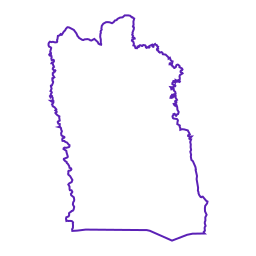 Worodougou, Worodougou, Ivory Coast
{"feature_id": "98640826B81277132888560", "entity_name": "Worodougou", "entity_type": "district", "adm_level": 2, "iso_a3": "CIV", "parent_name": "Ivory Coast", "parent_adm1": "Worodougou", "projection": "mercator", "projection_center": [-6.759, 8.427], "detail": "fine", "context": "isolated", "style": "outline", "palette": "violet", "viewbox_px": 256, "rotation_deg": 0, "n_neighbors": 0, "source": "geoboundaries", "source_scale": "gbopen_adm2", "svg_char_len": 5621}
<svg xmlns="http://www.w3.org/2000/svg" viewBox="0 0 256 256"><path d="M74.2,199.5L74.1,200.8L73.2,202.3L72.9,204.0L72.9,204.6L74.2,206.9L73.6,209.6L72.7,210.8L71.6,211.0L70.8,211.9L69.3,212.8L69.0,213.5L69.2,215.0L68.6,216.4L66.3,217.3L66.0,218.9L66.4,221.0L67.7,220.7L68.2,221.0L70.6,220.9L71.8,221.1L72.8,222.0L73.1,222.7L72.8,223.5L73.0,225.0L72.9,227.9L72.1,229.2L72.3,230.9L77.4,230.6L85.6,229.6L146.8,230.1L149.9,230.8L172.0,240.6L187.1,234.8L192.5,233.7L204.6,233.5L203.9,232.8L203.7,232.0L204.9,230.7L204.6,227.9L204.9,226.9L205.6,225.9L204.8,223.4L204.8,222.1L205.4,220.6L205.3,217.3L206.6,214.8L205.0,211.3L204.9,208.1L205.2,205.9L207.1,203.4L207.5,201.5L206.3,200.9L202.8,196.7L202.1,196.7L201.4,197.2L200.6,197.0L199.3,195.2L198.5,193.3L198.5,192.2L197.9,190.6L198.1,187.8L196.6,179.1L197.0,176.0L195.6,169.9L195.9,169.6L195.4,166.9L192.9,161.2L191.4,159.9L190.8,156.6L191.1,154.7L190.3,151.7L191.1,149.9L190.6,147.2L190.8,144.4L190.2,142.0L191.1,139.4L189.8,139.1L189.3,138.7L189.5,138.1L190.5,137.7L191.6,136.5L189.5,136.6L188.1,136.0L188.1,135.3L189.8,134.3L187.8,130.4L184.2,129.4L182.0,129.2L180.3,129.8L180.2,127.7L179.6,126.7L179.8,125.5L177.3,124.1L177.5,121.9L177.9,120.7L177.8,120.1L176.9,119.0L173.5,118.5L173.0,118.1L172.5,116.6L172.6,116.0L173.4,115.1L173.4,114.2L174.5,113.8L175.2,114.4L175.8,115.7L176.2,115.8L177.1,114.3L178.1,114.0L178.7,112.0L177.4,109.8L177.2,107.1L176.4,104.8L175.5,104.7L175.1,105.7L174.1,104.8L173.7,103.9L174.8,103.6L176.3,102.7L176.4,102.2L175.3,101.7L175.1,101.2L177.0,99.9L175.4,97.4L175.7,95.9L175.5,95.2L174.6,95.2L172.7,97.5L171.4,97.9L170.5,97.8L170.9,96.2L171.8,95.8L172.0,94.8L172.8,94.8L173.5,94.4L175.3,93.9L175.6,93.6L175.2,91.8L173.8,90.5L173.8,89.1L173.5,88.3L172.2,88.0L171.7,88.5L171.7,89.2L171.4,89.3L171.1,88.0L170.5,87.1L172.6,87.3L174.1,86.4L175.1,86.3L175.4,85.8L175.1,85.2L172.6,84.4L172.3,84.1L172.4,82.9L172.9,82.5L173.4,81.0L174.6,81.1L174.4,82.0L175.2,82.7L175.7,81.3L175.6,80.0L176.2,80.3L176.9,81.7L178.3,81.5L179.4,82.0L179.9,81.6L179.3,80.6L177.9,80.6L177.8,80.3L179.7,79.6L179.8,78.0L179.5,76.4L179.9,75.1L182.6,73.4L182.3,72.9L180.7,72.2L180.5,71.8L180.8,70.6L182.2,70.0L182.5,69.4L181.9,68.4L179.5,67.2L179.6,66.1L178.3,64.8L177.5,64.6L176.6,65.0L176.3,65.3L175.9,66.9L174.5,68.0L174.2,68.0L173.5,66.8L172.6,66.5L172.5,65.8L171.6,65.3L171.3,64.2L169.6,64.3L169.7,63.4L170.3,63.1L172.0,63.8L172.6,61.4L171.6,61.1L170.7,60.2L169.9,57.8L168.6,58.6L168.5,57.4L165.6,54.6L162.8,54.2L162.5,52.9L161.6,52.1L159.8,52.6L159.3,52.0L158.8,51.9L158.3,50.7L157.5,50.5L156.9,49.7L157.0,49.0L158.1,48.6L157.7,47.7L158.1,46.7L157.2,46.2L156.8,45.1L155.5,44.7L155.1,44.0L153.5,45.1L153.5,46.7L153.2,46.9L152.5,46.4L152.8,45.2L152.3,44.6L149.2,46.1L148.7,46.8L149.3,47.4L149.1,47.6L148.4,47.5L147.8,47.1L146.7,47.9L145.9,47.4L145.9,46.4L145.3,45.4L143.2,45.0L142.3,46.0L141.9,46.0L141.2,45.5L140.0,45.2L138.8,46.0L139.1,46.7L138.5,47.1L137.5,46.7L137.0,48.2L135.5,48.1L134.6,45.7L133.4,45.4L133.9,43.8L133.4,41.9L131.9,40.7L132.2,39.5L133.0,39.5L133.9,38.5L134.4,38.7L134.7,38.6L134.5,38.0L134.0,37.6L132.7,37.3L133.2,36.2L133.6,36.3L132.6,35.5L132.2,34.6L132.7,33.8L132.5,32.6L133.8,29.1L133.9,27.3L133.3,27.1L132.9,26.3L133.6,24.9L133.4,21.6L134.2,18.5L132.9,17.8L132.5,17.2L131.7,17.3L130.3,15.8L128.4,15.4L124.7,15.4L122.6,17.3L120.0,17.6L117.5,18.9L116.6,20.1L114.9,20.5L113.6,22.2L112.0,23.2L109.6,22.3L107.6,22.1L106.0,22.2L103.3,23.7L101.8,25.8L101.4,28.6L101.7,29.5L101.3,30.3L100.9,30.6L100.6,31.7L100.9,32.9L100.4,33.8L100.2,36.9L100.8,39.5L100.8,43.0L101.2,44.0L101.1,44.7L100.0,44.5L98.5,43.7L97.7,42.0L94.3,38.9L91.5,40.5L90.2,40.3L89.4,39.6L87.6,39.1L84.5,39.4L83.5,40.0L82.3,39.9L78.9,37.8L78.2,36.6L77.6,36.2L76.4,33.4L73.8,29.9L69.2,27.5L67.7,27.2L67.2,27.4L65.9,28.8L65.1,30.4L63.8,31.6L61.7,34.9L61.2,34.9L60.9,34.1L60.7,34.0L59.5,35.4L57.9,35.9L57.5,39.0L57.1,39.8L57.2,41.6L56.8,42.2L55.1,42.4L52.9,41.8L51.4,42.1L49.9,41.7L48.9,42.8L48.5,44.0L48.6,45.6L49.2,46.7L50.7,47.3L51.2,48.0L50.2,51.7L51.0,53.0L50.9,54.5L50.4,54.4L50.0,53.5L49.2,54.7L49.7,55.5L51.5,56.1L51.6,57.6L51.3,58.4L51.7,60.1L53.4,59.8L53.8,60.1L54.0,61.1L53.6,61.9L51.8,62.7L51.5,63.3L52.2,63.4L52.9,63.9L53.3,65.8L54.3,66.5L54.6,66.4L53.0,67.9L52.7,69.0L53.8,70.3L55.1,70.2L55.4,70.6L54.7,71.8L53.9,72.0L53.5,72.4L53.5,72.8L52.8,73.1L52.8,75.0L54.3,77.3L53.3,77.8L53.2,78.3L52.4,78.2L52.3,78.5L52.4,80.4L52.6,81.1L53.1,81.4L53.1,82.5L51.9,85.4L50.9,85.6L50.8,85.9L51.6,88.7L50.5,91.1L51.4,91.6L51.8,92.6L50.8,94.1L50.9,95.0L49.9,96.1L50.3,96.9L50.6,96.1L51.9,95.9L52.1,96.1L52.0,97.0L52.6,97.6L52.8,100.4L52.2,100.8L50.6,100.8L52.3,102.1L51.9,101.5L52.8,101.0L53.4,101.1L53.4,102.6L52.6,103.8L52.0,104.3L52.6,105.3L52.5,105.8L53.1,106.5L54.5,107.2L56.3,109.3L55.3,110.4L56.6,111.3L56.7,112.0L55.4,113.0L55.9,113.7L57.5,115.3L59.4,116.4L59.2,117.4L59.7,120.6L58.1,121.4L57.7,122.0L58.3,123.6L59.8,124.1L59.6,125.1L59.9,126.7L58.7,127.0L60.5,127.5L61.0,128.1L61.2,129.7L61.9,131.2L61.1,133.2L61.4,135.2L62.0,135.8L64.3,136.9L64.4,137.5L64.1,137.8L62.5,138.3L62.2,139.6L62.5,140.9L64.5,141.0L65.1,141.8L67.1,142.6L68.5,144.4L69.5,145.1L69.4,146.5L68.9,147.1L66.3,147.8L64.5,147.6L63.7,148.2L63.5,149.0L66.3,150.8L66.6,152.6L67.8,156.5L67.6,157.2L67.2,157.5L63.9,158.8L63.8,159.6L65.3,161.2L66.6,161.9L66.8,163.0L67.8,163.8L69.2,166.1L69.5,167.8L71.0,168.3L71.4,169.2L71.0,170.0L70.3,170.5L68.6,170.8L68.3,171.3L68.4,173.0L68.1,173.9L68.4,174.7L70.1,176.1L72.4,180.0L71.6,182.1L69.2,183.4L68.3,184.5L69.5,186.5L69.6,189.4L69.9,190.2L71.5,190.3L72.3,191.7L72.2,192.3L70.9,193.9L71.2,195.2L73.8,197.3L74.2,199.5Z" fill="none" stroke="#5b21b6" stroke-width="2"/></svg>